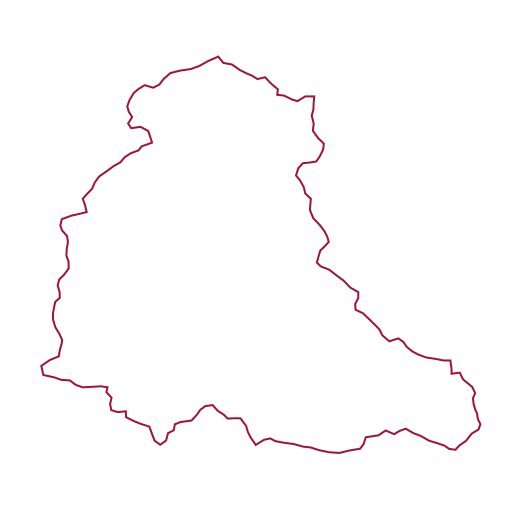 outline of Mairiporã, São Paulo, Brazil, rotated 268°
{"feature_id": "56859067B71773978858483", "entity_name": "Mairiporã", "entity_type": "district", "adm_level": 2, "iso_a3": "BRA", "parent_name": "Brazil", "parent_adm1": "São Paulo", "projection": "equal_earth", "projection_center": [-46.564, -23.328], "detail": "fine", "context": "isolated", "style": "outline", "palette": "rose", "viewbox_px": 512, "rotation_deg": 268, "n_neighbors": 0, "source": "geoboundaries", "source_scale": "gbopen_adm2", "svg_char_len": 2648}
<svg xmlns="http://www.w3.org/2000/svg" viewBox="0 0 512 512"><g transform="rotate(268 256 256)"><path d="M107.0,106.0L104.8,112.4L105.3,120.5L99.5,120.5L95.4,127.9L92.3,134.9L89.2,143.5L81.7,145.9L75.0,148.2L70.7,153.7L74.8,159.7L82.0,161.9L84.7,167.7L90.6,169.0L92.7,174.7L93.8,185.8L99.5,191.5L104.2,194.9L107.7,200.0L108.5,207.5L102.5,212.4L98.8,218.0L94.5,222.0L94.6,228.7L94.3,234.8L86.5,240.2L80.5,241.7L74.5,244.5L67.2,249.2L72.0,257.5L73.2,263.9L70.3,268.9L68.6,276.4L66.7,287.3L63.8,296.7L62.8,303.8L59.8,312.1L57.3,322.2L56.3,332.6L58.3,342.3L59.8,353.4L64.3,357.0L71.0,359.4L72.5,372.1L77.1,379.5L73.1,387.9L76.1,393.2L78.2,399.6L73.6,406.9L70.3,414.6L65.3,422.7L62.4,431.2L59.8,437.9L56.5,442.2L55.4,448.6L59.4,452.5L64.0,459.5L70.9,465.3L74.8,472.3L80.1,474.4L85.1,472.1L91.0,471.4L95.3,469.6L100.6,468.3L106.3,467.9L111.3,470.2L117.5,467.6L125.5,458.6L132.3,455.6L131.5,447.3L136.3,447.5L144.8,446.6L145.1,439.6L146.8,432.4L148.6,422.7L151.8,414.8L155.1,409.0L160.1,403.3L165.0,400.3L168.7,395.3L166.1,386.3L172.3,379.5L178.3,376.8L182.3,373.2L187.2,368.5L195.2,360.7L198.7,353.7L204.5,353.4L210.3,356.7L216.3,357.0L221.0,349.3L228.3,342.7L234.8,334.6L239.8,328.6L243.3,320.5L247.3,316.6L252.8,318.3L259.3,320.5L262.7,324.5L267.6,329.2L272.8,327.9L278.5,325.2L285.0,320.6L291.8,314.5L300.2,311.5L311.3,312.8L316.8,307.4L323.3,306.1L329.9,302.7L335.1,298.8L342.3,301.4L347.1,306.1L347.5,312.8L348.4,319.6L353.8,323.5L360.3,326.9L366.0,327.7L371.6,322.2L379.2,317.2L386.3,318.3L394.3,316.6L400.6,318.5L406.5,318.9L413.5,319.8L413.8,310.8L409.3,302.9L411.3,297.1L415.3,289.7L416.4,282.8L421.8,283.7L427.6,277.3L434.3,271.3L432.8,263.6L436.6,257.9L438.9,252.8L442.4,246.4L448.2,238.7L450.1,230.1L456.6,225.3L452.4,214.7L447.9,206.0L445.1,197.2L443.9,186.5L441.8,176.8L436.1,169.8L430.6,165.3L427.8,159.1L430.6,150.7L427.1,144.6L423.3,139.6L416.6,135.2L410.1,132.6L404.6,133.9L399.2,137.1L392.8,132.8L388.1,135.8L389.1,145.2L384.6,152.7L378.1,154.6L372.9,156.1L369.6,145.6L365.6,142.2L363.1,134.5L359.3,128.2L354.4,123.8L350.8,116.8L346.4,110.4L340.9,102.0L334.9,97.3L329.1,94.7L323.9,89.3L319.3,84.9L312.4,87.0L305.8,88.3L304.3,81.2L302.8,73.1L299.6,63.2L293.4,61.5L288.3,63.1L282.6,67.8L276.6,68.6L269.8,67.1L263.0,66.5L257.3,68.4L250.1,68.4L244.0,63.5L239.4,58.5L233.5,56.8L226.5,58.5L221.0,58.4L217.2,53.8L212.1,52.5L205.5,51.0L199.3,51.0L191.8,53.0L185.0,56.8L178.8,59.4L174.1,58.4L169.3,56.8L162.6,55.4L159.2,46.3L153.7,37.6L144.5,39.3L141.8,50.0L139.0,57.1L138.2,65.5L133.5,71.4L130.8,78.2L131.0,87.9L131.2,96.2L130.0,103.0L125.2,101.7L119.5,106.7L113.1,105.0L107.0,106.0Z" fill="none" stroke="#9f1239" stroke-width="2"/></g></svg>